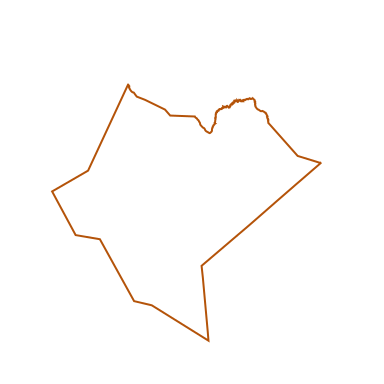 Kapoeta East, Eastern Equatoria, South Sudan (Equal Earth projection), rotated 319°
{"feature_id": "79223893B62671962917549", "entity_name": "Kapoeta East", "entity_type": "district", "adm_level": 2, "iso_a3": "SSD", "parent_name": "South Sudan", "parent_adm1": "Eastern Equatoria", "projection": "equal_earth", "projection_center": [35.583, 5.094], "detail": "fine", "context": "isolated", "style": "outline", "palette": "amber", "viewbox_px": 384, "rotation_deg": 319, "n_neighbors": 0, "source": "geoboundaries", "source_scale": "gbopen_adm2", "svg_char_len": 5514}
<svg xmlns="http://www.w3.org/2000/svg" viewBox="0 0 384 384"><g transform="rotate(319 192 192)"><path d="M87.3,251.1L106.9,315.0L112.2,307.8L143.9,263.9L150.8,254.0L213.8,254.6L249.4,254.5L275.7,254.5L308.0,254.6L308.1,254.1L307.7,253.9L295.4,234.1L295.0,193.4L294.9,190.0L295.0,189.9L295.3,189.6L295.4,189.4L295.5,189.2L295.4,189.2L295.5,189.0L295.7,188.9L295.9,188.7L296.0,188.3L296.1,188.1L296.5,188.1L296.7,187.9L296.9,187.7L296.9,187.3L296.9,187.0L297.2,186.9L297.2,186.6L297.3,186.4L297.4,186.2L297.4,185.9L297.5,185.9L297.5,185.6L297.6,185.2L297.8,185.1L297.9,184.9L298.0,184.8L298.0,184.6L298.0,184.4L298.3,184.3L298.4,184.5L298.6,184.5L298.7,184.3L298.8,183.9L298.8,183.5L299.0,183.1L299.0,182.6L299.0,182.2L299.4,181.7L299.5,181.4L299.5,181.2L299.3,180.9L299.3,180.6L299.5,180.3L299.4,180.1L299.2,180.0L299.1,179.7L299.1,179.3L299.0,178.9L298.9,178.4L298.6,177.9L298.5,177.3L298.2,176.9L297.7,176.7L297.2,176.4L296.9,176.0L296.7,175.3L296.4,174.2L296.3,173.5L296.1,173.3L295.9,173.0L295.8,172.7L295.8,172.3L295.7,172.0L295.7,171.6L295.7,171.2L295.7,170.9L295.8,170.5L295.9,170.1L295.9,169.9L295.9,169.6L295.9,169.1L296.1,168.9L296.3,168.7L296.5,168.5L296.6,168.0L296.9,167.8L297.0,167.6L297.2,167.3L297.1,167.2L297.3,167.0L297.6,166.9L297.8,166.8L297.8,166.5L297.9,166.2L298.1,166.1L298.1,165.9L298.4,165.7L298.4,165.4L298.9,165.4L299.0,165.1L298.9,164.8L298.9,164.5L299.2,164.3L299.2,164.1L299.3,163.9L299.5,163.8L299.4,163.3L299.4,163.0L299.5,162.8L299.3,162.3L299.3,161.8L299.3,161.4L299.3,161.2L299.0,161.3L298.9,161.1L298.7,161.0L298.5,160.8L298.3,160.7L298.1,160.7L297.9,160.7L297.6,160.6L297.3,160.3L297.2,160.1L297.1,159.9L297.1,159.4L297.1,159.1L296.8,159.0L296.4,158.9L296.2,158.9L295.8,159.0L295.4,159.0L295.1,158.6L295.0,158.3L294.8,158.0L294.5,158.0L294.5,157.8L294.3,157.7L293.9,157.6L293.6,157.5L292.6,157.5L292.5,157.2L292.2,157.2L291.8,156.7L291.5,156.4L291.3,156.3L291.0,156.4L290.7,156.3L290.7,156.1L290.4,156.0L290.3,156.3L290.3,156.6L290.5,156.8L290.6,157.0L290.4,157.2L290.2,156.9L289.9,156.9L289.6,156.6L289.1,156.3L289.1,156.0L288.8,155.7L288.6,155.6L288.6,155.4L288.8,155.3L288.7,155.1L288.4,155.1L288.4,154.9L288.5,154.6L288.8,154.5L288.8,154.2L288.5,154.2L288.3,153.9L288.2,153.7L288.0,153.9L288.0,154.1L287.8,154.1L287.8,153.7L287.6,153.6L287.3,153.6L287.2,153.4L287.0,153.2L286.7,153.2L286.6,153.6L286.2,153.9L286.1,153.7L286.2,153.4L286.2,153.2L285.7,154.0L285.5,153.9L285.8,153.2L285.7,152.9L285.6,152.7L285.7,152.4L285.7,152.2L285.3,152.1L285.2,152.3L284.9,152.2L285.0,151.9L285.0,151.7L284.8,151.7L284.4,151.9L284.3,151.6L284.4,151.4L284.4,151.1L284.2,151.0L284.1,151.3L284.1,151.6L283.8,151.8L283.6,151.8L283.4,151.6L283.3,151.3L283.2,151.4L283.0,151.6L282.6,151.6L282.4,151.7L282.3,152.0L282.0,151.8L281.8,151.7L281.8,151.9L281.8,152.2L281.6,152.2L281.4,152.0L281.4,151.7L281.2,151.8L280.9,152.0L280.8,152.3L280.5,152.3L280.3,152.1L279.8,152.0L279.7,152.3L279.4,152.3L279.2,152.1L278.9,151.8L278.7,151.6L279.0,151.4L278.9,151.4L278.3,151.4L278.1,151.7L277.8,151.8L277.5,151.8L277.2,152.3L277.0,152.2L276.8,152.2L276.5,152.6L276.3,152.7L276.0,152.8L275.9,152.7L275.7,152.8L275.1,152.4L275.2,152.1L275.3,151.8L275.2,151.6L275.2,151.3L275.0,151.0L275.1,150.8L275.0,150.6L275.1,150.4L275.1,150.1L274.8,149.9L274.4,149.9L274.2,150.0L274.1,149.9L273.8,150.0L273.9,150.3L273.8,150.5L273.6,150.5L273.5,150.4L273.4,150.4L273.2,150.5L273.0,150.3L272.9,149.9L272.7,149.7L272.3,149.5L272.3,149.1L272.5,149.1L272.3,148.8L272.0,148.7L271.8,148.5L271.8,148.2L271.7,148.0L271.5,148.4L271.3,148.5L271.1,148.6L270.8,148.6L270.7,148.8L270.6,148.7L270.6,148.3L270.3,148.3L270.4,148.6L270.2,148.6L269.9,148.7L270.0,148.9L269.8,148.9L269.6,148.7L269.4,148.7L269.1,148.6L269.0,148.8L268.8,148.8L268.7,148.6L268.2,148.4L267.8,148.2L267.7,147.9L267.5,147.7L267.3,147.5L267.0,147.5L266.9,147.6L266.6,147.7L266.3,147.5L266.2,147.6L265.8,147.6L265.6,147.8L265.4,148.1L265.2,148.1L264.9,147.9L264.8,147.5L264.5,147.4L264.3,147.4L264.2,147.4L263.9,147.4L263.7,147.4L263.7,147.7L263.4,147.9L263.2,148.2L262.7,148.1L262.2,148.0L261.9,148.1L261.8,148.4L261.6,148.4L261.4,148.5L261.2,148.8L261.0,149.1L260.7,149.1L260.3,149.6L260.0,149.9L259.8,150.2L259.5,150.6L259.2,150.7L259.1,151.0L258.7,151.1L258.7,151.4L258.5,151.7L258.2,151.8L258.1,151.5L257.9,151.5L257.7,151.9L257.5,152.2L257.3,152.7L257.1,152.8L256.7,153.0L256.4,153.3L256.2,153.6L255.7,154.0L255.3,154.3L255.1,154.5L254.6,154.5L254.4,154.7L254.4,154.9L254.2,155.1L254.3,155.4L254.0,155.3L253.9,155.4L253.7,155.4L253.4,155.7L253.2,155.7L252.6,155.7L252.1,155.7L251.9,156.0L251.6,156.0L250.8,156.1L250.7,156.4L250.3,156.7L250.0,156.8L249.6,156.8L249.4,157.1L248.5,157.5L247.7,158.3L247.3,158.8L246.8,159.1L246.0,159.3L244.4,159.3L244.0,159.2L243.8,158.9L243.3,157.7L243.2,156.9L242.9,156.5L242.6,155.6L242.5,154.9L242.5,154.3L242.8,153.2L243.0,152.5L243.0,151.7L242.7,151.1L242.5,150.5L242.4,148.8L242.4,147.7L242.4,146.9L242.5,146.5L242.7,146.1L243.2,145.3L243.5,144.5L243.5,143.4L243.7,143.0L243.9,142.4L243.9,142.0L243.9,141.6L243.7,141.2L243.7,140.8L243.9,140.1L243.9,139.6L243.8,139.0L243.6,138.6L243.5,138.2L243.5,137.6L243.7,136.9L225.7,120.0L225.7,119.7L225.7,113.9L225.7,112.1L217.0,91.6L212.9,83.8L213.0,82.0L213.1,80.7L213.3,78.9L213.1,78.4L212.7,78.0L212.4,77.2L212.3,76.0L212.4,74.5L212.6,73.4L212.9,72.8L212.9,72.0L213.2,71.7L213.4,71.3L213.8,71.3L214.1,71.0L214.1,70.3L214.2,69.8L214.3,69.1L214.2,69.0L127.6,107.7L86.8,99.8L75.9,148.2L91.5,167.2L76.7,236.4L87.3,251.1Z" fill="none" stroke="#b45309" stroke-width="2"/></g></svg>